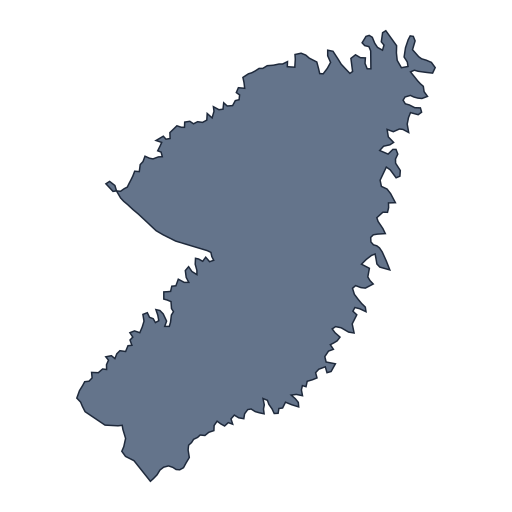 Iretama, Paraná, Brazil (Equal Earth projection)
{"feature_id": "56859067B93309478816761", "entity_name": "Iretama", "entity_type": "district", "adm_level": 2, "iso_a3": "BRA", "parent_name": "Brazil", "parent_adm1": "Paraná", "projection": "equal_earth", "projection_center": [-52.101, -24.358], "detail": "fine", "context": "isolated", "style": "filled", "palette": "slate", "viewbox_px": 512, "rotation_deg": 0, "n_neighbors": 0, "source": "geoboundaries", "source_scale": "gbopen_adm2", "svg_char_len": 4769}
<svg xmlns="http://www.w3.org/2000/svg" viewBox="0 0 512 512"><path d="M287.5,61.6L282.6,64.0L279.1,64.0L273.5,65.2L267.2,65.7L262.8,68.4L259.1,68.4L255.3,70.9L251.7,72.8L248.4,73.8L242.9,77.4L244.0,82.5L244.7,88.3L238.4,87.7L236.3,92.6L239.6,94.9L239.1,99.7L235.3,100.6L232.6,105.6L227.2,106.0L223.7,102.8L223.0,109.2L218.9,109.7L213.4,106.7L214.0,111.3L212.1,117.9L207.2,113.5L206.8,120.1L202.5,122.4L197.6,121.7L193.5,123.8L189.8,121.3L184.7,122.1L184.5,127.3L181.4,127.3L176.9,125.8L169.9,132.6L170.1,138.5L166.0,139.2L163.3,136.2L156.0,140.5L161.7,142.4L160.1,146.0L157.7,150.8L161.1,152.1L162.3,156.7L158.4,156.9L153.0,158.9L149.4,158.2L145.0,156.2L143.0,161.6L140.2,164.6L139.3,171.6L134.7,171.2L132.8,176.1L131.0,179.8L129.1,183.4L127.3,187.1L124.2,188.7L120.5,191.3L116.5,190.9L120.6,198.0L123.7,201.3L127.3,204.3L133.0,209.6L138.4,214.1L156.1,230.7L163.3,234.9L175.7,241.1L207.2,250.6L210.9,252.4L211.8,256.5L213.7,260.3L209.6,261.7L205.7,257.2L202.7,261.3L198.6,259.0L195.5,258.3L195.2,264.2L196.9,270.4L196.9,274.6L191.9,271.5L188.6,266.7L185.3,270.6L186.2,277.4L188.8,282.4L184.2,282.4L178.3,279.2L175.9,285.8L171.8,286.2L170.6,291.4L167.4,291.7L163.8,291.9L163.8,299.1L167.1,300.0L171.0,301.6L171.5,308.5L173.5,311.7L171.4,315.0L170.5,322.3L169.3,326.4L164.7,326.4L166.6,321.1L163.2,313.9L159.9,310.5L155.9,309.6L157.8,315.2L158.8,320.7L155.4,322.6L153.2,318.7L149.5,317.3L147.3,312.7L142.9,314.4L144.0,321.2L142.2,327.1L139.8,332.7L134.5,330.9L129.9,332.7L132.8,337.1L130.0,340.0L131.9,345.3L128.0,345.7L125.6,351.5L119.9,350.7L116.8,353.8L114.9,358.6L111.4,355.7L105.8,356.8L108.5,360.2L106.5,364.7L106.6,369.5L102.6,369.0L98.3,372.7L91.6,372.4L92.1,377.9L89.0,381.2L84.7,381.7L82.6,385.6L79.5,390.6L76.8,398.1L80.6,402.1L82.4,406.4L85.1,411.7L105.0,425.1L118.0,425.8L122.2,425.3L122.9,429.4L124.1,433.4L125.6,438.4L123.8,446.6L121.8,451.3L125.5,456.4L134.0,460.7L150.4,481.3L153.6,478.4L157.0,474.9L160.0,470.0L163.6,467.2L168.5,465.9L172.9,467.4L176.1,469.5L179.7,469.8L183.5,467.7L185.8,463.4L189.3,457.5L188.1,450.0L188.6,445.2L191.5,442.6L193.6,439.3L197.6,437.4L200.2,435.0L204.9,435.5L208.8,432.3L213.9,430.6L214.1,425.5L217.1,421.2L220.8,423.9L224.6,426.0L228.3,422.6L232.7,424.2L231.0,418.9L234.3,415.1L238.7,417.8L243.8,418.7L244.6,413.8L247.7,409.6L251.1,409.0L255.2,411.6L259.4,412.8L264.1,413.8L263.5,409.0L264.3,404.9L263.0,398.5L267.4,400.3L268.9,404.4L272.1,409.0L274.2,413.5L278.1,413.3L278.9,408.5L282.6,408.0L285.5,402.2L291.6,404.7L298.7,406.9L298.3,402.4L295.3,398.7L291.2,395.1L296.3,394.4L302.5,395.7L301.4,389.9L302.4,385.6L306.0,386.7L307.2,381.3L312.6,379.7L317.0,377.9L315.6,372.7L318.8,369.2L325.3,366.8L327.0,372.7L331.1,371.5L335.4,363.8L326.1,362.0L324.8,356.6L328.5,351.1L333.4,349.3L330.3,344.7L333.8,342.9L337.1,340.9L340.0,337.1L335.0,332.7L332.2,328.9L335.6,326.6L341.2,327.8L348.6,332.1L354.1,333.0L352.2,323.9L356.8,314.8L352.9,311.2L354.9,307.5L359.6,308.7L366.0,311.7L365.3,307.1L361.6,303.5L358.2,299.4L354.4,294.4L352.5,288.3L355.6,285.6L360.9,287.6L365.4,288.1L373.2,284.0L370.0,280.6L367.8,276.9L369.4,268.3L361.5,264.2L366.3,259.4L371.5,255.4L375.1,254.0L376.0,258.7L376.9,264.0L379.8,267.1L389.8,269.9L386.3,261.0L382.2,251.9L379.5,247.9L376.8,245.8L373.4,244.8L370.9,241.9L370.7,237.4L373.3,234.8L377.5,234.1L385.3,233.6L382.9,228.6L378.1,221.5L376.8,217.7L382.9,212.2L387.5,212.3L388.6,207.7L388.5,202.9L395.4,202.7L390.6,193.6L387.0,189.0L381.4,186.4L380.1,180.2L386.3,167.1L390.2,169.8L396.1,177.8L399.9,176.2L400.3,170.5L395.6,163.2L395.5,159.0L397.8,154.1L396.0,149.4L392.9,149.4L388.1,154.1L379.7,150.5L383.6,146.2L389.9,144.8L393.6,142.4L388.3,136.9L387.1,129.4L393.3,131.7L399.4,129.0L402.9,129.4L408.7,132.5L407.2,124.1L408.5,117.6L410.5,112.6L418.2,114.7L421.6,112.2L420.4,107.9L414.8,107.7L409.2,104.9L405.3,103.8L403.1,100.2L405.0,97.0L410.4,95.4L413.8,97.0L417.9,98.1L421.9,98.5L427.5,96.4L424.1,91.7L423.3,86.3L420.4,83.8L417.7,80.9L410.5,71.9L414.4,70.2L418.2,71.3L427.0,72.5L432.6,73.1L435.2,67.6L431.4,62.4L426.3,60.2L421.6,58.8L418.7,56.7L412.5,49.7L415.1,40.9L413.3,36.4L410.2,35.9L408.2,39.7L405.5,47.7L404.1,57.0L407.3,62.0L408.0,66.5L401.4,67.7L397.2,60.4L396.4,52.9L396.6,45.7L385.8,30.7L382.6,32.7L381.3,41.8L384.0,45.1L382.5,50.2L377.5,47.4L374.7,43.2L372.3,37.3L369.2,35.4L366.0,36.4L362.1,42.8L364.7,45.6L368.9,46.6L370.7,50.9L370.9,68.8L367.2,68.8L365.0,63.4L365.4,57.9L360.4,57.7L355.5,54.8L350.9,58.4L352.6,71.5L349.9,73.4L346.8,70.2L341.2,64.2L338.2,59.3L333.0,51.3L327.7,50.2L327.7,55.8L330.6,62.4L327.3,68.4L323.2,73.8L319.7,73.6L318.6,68.8L316.8,62.0L309.2,58.1L305.8,55.1L301.1,53.2L295.0,54.5L295.3,59.2L294.8,67.2L287.3,66.7L287.5,61.6ZM116.5,190.9L114.9,185.5L109.6,181.4L105.9,183.8L113.0,191.4L116.5,190.9Z" fill="#64748b" stroke="#1e293b" stroke-width="1.5"/></svg>